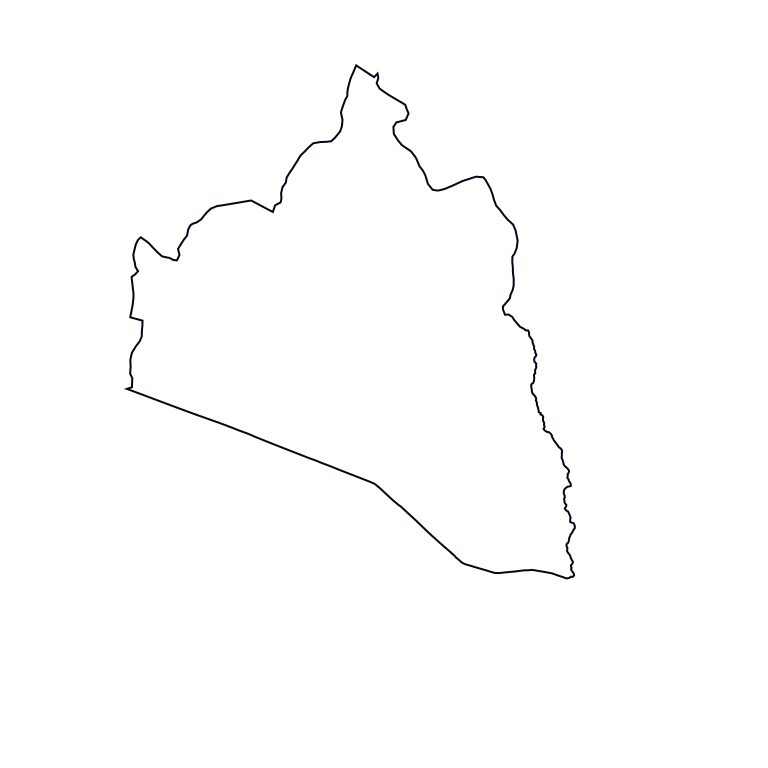 the district of Kuresoi South, Rift Valley, Kenya, rotated 322°
{"feature_id": "3690345B31423540418892", "entity_name": "Kuresoi South", "entity_type": "district", "adm_level": 2, "iso_a3": "KEN", "parent_name": "Kenya", "parent_adm1": "Rift Valley", "projection": "orthographic", "projection_center": [35.659, -0.544], "detail": "fine", "context": "isolated", "style": "outline", "palette": "ink", "viewbox_px": 768, "rotation_deg": 322, "n_neighbors": 0, "source": "geoboundaries", "source_scale": "gbopen_adm2", "svg_char_len": 4786}
<svg xmlns="http://www.w3.org/2000/svg" viewBox="0 0 768 768"><g transform="rotate(322 384 384)"><path d="M315.2,457.0L316.7,463.9L319.4,480.9L321.1,488.7L321.8,490.7L323.1,498.9L324.9,509.7L325.2,511.6L325.5,513.6L326.8,523.0L327.4,527.4L328.6,534.6L329.0,536.6L329.8,541.3L331.2,548.8L332.5,555.3L333.8,562.5L334.0,565.6L334.7,568.5L335.4,572.6L336.9,575.8L352.2,597.2L354.7,600.8L357.8,603.5L359.5,604.6L365.3,608.2L369.5,610.9L371.3,612.1L377.9,616.0L380.7,617.8L382.3,619.1L386.4,621.8L390.7,626.5L392.3,628.2L394.4,630.5L396.5,632.9L399.7,636.5L403.6,642.6L405.9,646.0L407.4,648.4L408.3,649.7L410.7,650.9L412.7,650.9L413.9,652.2L415.9,651.9L416.7,650.5L416.9,648.8L417.0,647.2L417.2,645.3L418.6,644.4L419.0,643.0L419.7,641.9L421.6,641.7L423.3,640.6L423.6,639.0L423.8,637.4L424.2,635.8L424.9,634.1L425.2,632.5L425.1,630.6L425.3,628.5L426.7,627.0L427.7,625.9L427.9,624.5L428.6,623.2L429.8,622.5L431.2,622.5L432.8,621.6L434.1,620.4L435.3,619.3L436.8,618.5L438.6,617.4L440.8,617.0L442.1,616.2L443.7,615.6L445.7,615.0L446.7,613.7L447.4,612.2L447.7,610.4L446.7,609.0L445.8,607.5L447.0,605.7L448.7,604.2L449.5,602.2L449.9,600.4L450.3,599.0L450.5,597.7L449.9,596.3L449.6,594.8L449.9,593.3L451.8,592.7L453.2,591.7L453.2,589.5L453.5,588.1L454.3,587.1L455.1,585.4L456.6,584.7L457.6,583.4L458.1,581.3L459.3,579.6L460.4,578.6L462.3,577.9L465.2,577.9L467.0,578.8L468.5,579.3L469.5,578.0L469.9,576.5L470.0,574.1L470.8,572.7L470.6,570.9L472.2,569.5L473.3,568.1L475.1,567.5L476.3,566.5L476.6,564.8L476.5,563.0L476.1,561.0L475.9,558.9L476.3,557.6L477.0,556.1L477.8,554.3L478.2,552.5L478.7,551.3L479.8,550.2L480.8,549.0L481.8,547.7L483.1,546.5L483.6,544.8L483.5,543.3L482.9,541.6L483.1,539.4L483.1,537.5L483.2,535.0L483.2,533.1L483.5,531.4L483.7,529.7L484.3,528.5L484.8,527.0L484.7,525.4L484.4,523.7L483.0,522.2L482.1,519.8L482.0,517.7L484.2,516.7L484.9,514.7L486.3,513.3L486.6,511.3L487.7,509.4L489.1,508.2L489.5,506.4L488.6,504.3L489.6,503.4L488.6,501.5L489.6,499.9L490.5,498.1L491.4,495.6L492.0,494.1L493.2,492.5L493.5,490.5L494.7,489.6L495.3,488.2L495.5,486.0L495.4,484.3L495.3,482.6L496.0,480.8L496.9,479.6L497.5,478.4L498.2,477.2L499.1,475.6L500.5,474.8L502.1,475.1L503.9,474.0L505.3,472.7L506.6,471.0L507.3,469.8L508.3,468.9L509.8,468.7L510.7,467.2L511.9,465.9L514.1,464.8L515.2,463.2L516.5,461.5L516.3,459.1L517.1,457.5L518.7,455.9L520.4,455.7L522.0,454.9L522.5,452.5L523.6,450.8L523.8,448.7L525.3,447.1L526.0,444.7L526.6,442.8L527.7,441.3L528.0,438.9L528.0,436.2L528.6,434.5L529.5,433.4L530.2,432.3L530.5,430.5L528.7,429.0L528.4,427.1L526.4,422.6L526.0,413.5L526.4,410.1L524.9,405.9L522.0,403.9L523.7,398.4L525.5,396.1L530.4,395.2L535.8,394.0L539.1,391.3L543.3,389.1L546.7,386.3L550.6,381.5L554.3,375.4L557.5,371.2L560.0,367.1L563.6,362.7L567.3,361.5L572.4,358.5L577.6,353.3L582.2,344.1L583.9,337.9L583.2,334.0L582.6,330.1L582.4,324.0L582.6,318.6L582.2,312.5L584.1,306.5L586.3,301.3L588.1,295.6L588.9,290.5L589.3,287.8L589.6,286.2L589.6,282.3L584.2,277.3L576.8,274.6L570.9,272.4L564.8,271.0L559.3,269.7L552.3,267.8L547.8,265.9L546.0,265.0L544.4,263.7L541.9,260.9L541.8,253.4L545.0,245.1L546.0,240.0L546.0,234.4L547.9,227.5L548.2,226.2L548.5,224.1L548.5,217.2L545.2,206.9L545.0,200.8L545.7,193.0L549.7,187.2L554.8,185.5L563.6,189.3L569.9,186.0L571.2,181.1L572.7,177.1L565.6,159.0L565.1,157.5L562.4,148.6L563.3,142.6L568.0,139.3L570.0,135.4L565.1,136.1L558.2,115.8L551.7,119.5L546.7,122.1L541.8,125.5L537.2,129.2L534.7,131.6L532.3,134.6L528.7,136.0L523.5,139.2L518.4,142.6L517.2,143.7L516.1,145.7L514.0,150.2L509.6,154.9L504.9,158.0L500.3,159.0L496.8,159.8L491.8,160.2L487.6,157.6L482.9,154.2L476.6,150.8L470.6,151.1L464.6,152.0L459.9,152.4L456.7,153.3L455.0,154.1L453.5,154.7L448.6,156.4L443.4,158.3L440.5,159.1L434.5,161.3L430.6,164.9L425.2,166.4L420.4,170.3L417.5,174.5L416.0,175.9L414.3,177.2L408.2,176.2L402.3,180.0L392.3,157.6L370.5,145.8L361.9,141.0L355.6,139.2L349.5,139.8L346.1,140.5L341.2,141.7L336.2,141.4L331.6,139.9L328.9,139.8L324.8,141.7L320.2,145.8L314.8,147.1L310.9,148.5L304.8,150.8L302.3,156.4L296.9,159.1L294.2,156.4L292.7,152.7L290.3,150.0L287.7,146.8L286.6,140.9L285.9,134.3L285.4,128.5L284.5,124.5L284.0,123.2L282.7,118.7L278.9,119.0L274.4,121.2L269.5,125.0L266.1,127.8L263.9,131.2L262.5,134.6L260.2,138.8L259.7,143.7L255.4,144.4L251.0,144.2L242.1,158.8L239.3,162.2L233.9,167.6L225.1,175.2L232.7,185.4L229.0,189.9L225.8,193.2L222.4,197.4L217.9,199.9L211.8,201.5L204.5,204.2L198.9,208.9L195.0,214.4L190.3,219.6L189.3,224.3L183.4,231.4L178.4,229.6L179.9,232.0L187.8,244.9L197.7,261.1L207.5,277.1L215.0,289.2L216.0,290.8L217.0,292.4L230.5,313.6L237.6,325.3L240.3,330.0L246.8,340.4L249.8,346.1L259.4,362.6L269.9,380.4L279.0,395.7L283.3,402.6L286.5,408.2L291.2,415.9L295.5,423.4L304.0,437.7L312.5,452.0L315.2,457.0Z" fill="none" stroke="#020617" stroke-width="2"/></g></svg>